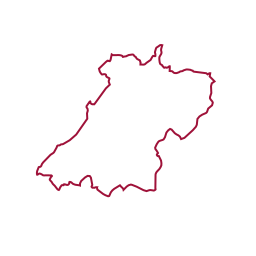 the Region of Žilinský, rotated 133°
{"feature_id": "SVK-1053", "entity_name": "Žilinský", "entity_type": "Region", "adm_level": 1, "iso_a3": "SVK", "parent_name": "Slovakia", "parent_adm1": "", "projection": "natural_earth1", "projection_center": [19.144, 49.173], "detail": "fine", "context": "isolated", "style": "outline", "palette": "rose", "viewbox_px": 256, "rotation_deg": 133, "n_neighbors": 0, "source": "natural_earth", "source_scale": "10m", "svg_char_len": 4707}
<svg xmlns="http://www.w3.org/2000/svg" viewBox="0 0 256 256"><g transform="rotate(133 128 128)"><path d="M154.5,65.9L155.2,66.1L156.1,66.4L158.0,69.2L158.9,70.0L161.5,71.4L162.9,74.3L165.0,81.6L166.8,86.2L167.4,87.3L169.4,88.5L171.7,89.0L176.3,89.1L175.7,90.0L175.6,90.8L175.6,93.0L175.4,94.8L181.9,96.6L184.4,96.9L186.7,96.7L190.5,95.4L191.5,96.0L192.6,98.8L193.2,101.2L193.9,108.2L193.7,108.8L192.8,109.9L192.8,110.5L192.7,110.5L193.1,111.0L194.7,111.9L194.7,112.0L194.9,112.3L195.8,113.1L196.0,113.8L195.8,114.6L195.1,114.9L194.4,115.1L193.9,115.4L189.6,121.3L189.2,123.2L190.6,124.9L193.5,125.7L198.7,126.1L201.2,125.3L202.8,123.9L203.0,124.4L205.4,127.8L205.9,128.9L206.4,130.3L206.4,132.1L206.6,133.0L207.1,133.8L207.5,134.0L207.8,133.9L208.0,133.6L208.4,133.3L208.8,133.1L209.7,133.0L210.4,133.1L211.1,133.6L211.6,134.4L212.3,135.8L212.8,136.4L213.1,136.5L213.4,136.2L213.7,136.1L214.0,136.3L214.4,136.8L214.7,137.2L215.1,137.4L215.6,137.4L217.8,137.1L219.3,136.5L219.9,136.3L220.5,136.3L220.8,136.9L220.9,138.0L220.2,142.3L220.2,143.9L220.1,145.1L219.5,147.2L219.4,149.0L219.2,149.9L218.8,150.3L218.1,150.4L216.8,150.8L216.2,150.9L215.4,150.8L215.0,150.9L214.9,151.2L215.0,151.8L218.9,156.1L219.6,156.7L220.1,157.3L220.5,157.9L220.7,159.2L221.1,160.6L221.4,161.2L221.6,161.6L222.0,161.9L222.6,162.1L223.8,162.3L224.1,162.6L223.8,163.2L222.6,164.3L221.4,165.1L217.5,166.6L216.0,165.6L215.5,165.6L214.9,165.6L212.9,166.4L211.6,166.5L211.3,166.6L200.4,166.4L197.2,165.6L196.1,165.6L190.9,166.9L189.6,167.5L189.2,167.5L188.7,167.4L188.1,166.9L187.8,166.6L187.5,166.3L187.1,166.1L185.9,165.9L185.5,165.7L184.9,165.1L184.0,164.5L176.7,162.3L168.1,161.4L149.0,164.1L145.2,168.0L142.8,169.2L141.6,170.6L141.4,171.1L141.3,172.0L141.2,172.3L141.0,172.6L140.8,172.8L140.2,173.2L139.6,173.3L134.9,174.0L134.6,173.9L134.4,173.8L134.6,173.2L134.9,173.0L135.3,172.9L135.5,172.5L135.4,172.0L135.2,170.8L135.0,170.3L134.7,170.0L134.4,169.8L134.2,169.6L134.0,169.1L133.8,168.9L132.9,168.9L114.1,171.2L108.7,170.9L107.4,173.5L107.1,173.8L106.5,174.3L104.7,175.1L104.4,175.4L104.4,175.9L105.0,177.7L105.1,178.6L105.0,179.2L104.6,179.7L104.3,180.1L104.1,180.5L104.2,181.2L104.9,182.2L106.4,183.3L106.6,183.5L106.6,184.0L106.6,184.7L106.2,186.4L105.9,187.3L104.4,189.7L94.7,189.2L92.8,188.9L92.7,188.7L92.5,188.3L92.2,188.1L92.1,187.9L91.9,187.7L91.9,187.4L91.7,187.1L91.5,186.9L90.1,187.2L85.3,190.1L85.0,188.7L84.6,188.3L80.7,184.2L80.0,183.2L79.6,182.5L79.2,181.4L79.2,181.0L79.3,180.6L79.5,180.3L79.5,180.2L79.2,180.0L78.5,179.6L76.7,178.2L76.2,178.1L75.9,178.0L75.5,177.7L75.2,177.6L74.7,177.5L74.4,177.4L74.1,177.2L71.6,175.2L71.1,174.7L70.8,174.2L70.8,173.4L71.0,172.5L71.0,172.1L71.0,171.8L70.8,171.1L70.8,170.7L70.9,170.3L71.2,169.4L71.3,168.9L71.2,168.1L70.6,165.9L70.5,165.4L70.7,165.0L71.0,164.6L71.2,164.3L71.3,164.0L71.3,163.8L71.4,163.6L71.6,163.5L71.8,163.3L72.0,163.2L72.3,162.9L72.6,162.6L73.1,162.2L70.9,159.7L70.4,159.4L69.8,159.1L67.6,158.9L62.9,157.9L59.2,158.8L58.1,158.8L57.9,158.5L57.2,157.4L56.9,157.1L56.6,157.1L55.2,158.5L54.9,159.0L54.5,159.7L53.7,160.3L50.7,161.8L49.8,162.0L49.4,161.9L47.8,161.5L45.7,161.1L44.8,160.5L44.1,159.4L47.5,157.7L47.9,157.4L48.6,156.8L49.7,155.2L50.3,154.7L51.0,154.3L54.5,153.5L55.5,152.8L56.8,151.5L58.3,149.7L58.9,148.7L59.2,147.9L58.8,146.0L58.8,145.7L59.0,145.4L59.1,145.0L59.2,144.7L59.1,144.3L59.1,144.1L59.1,143.9L59.3,143.3L59.3,143.0L59.3,142.8L59.2,142.6L59.0,142.4L58.8,142.3L58.3,142.1L58.2,142.0L58.0,141.8L57.7,141.1L57.6,140.9L57.3,140.7L57.0,140.5L56.8,140.3L55.2,139.9L54.7,139.9L54.4,139.6L54.8,139.1L57.9,136.4L56.5,134.6L56.4,134.3L56.3,133.7L56.4,133.1L56.3,132.1L56.0,131.4L55.1,130.3L54.5,129.8L52.4,128.7L51.7,128.6L51.3,128.4L50.8,128.2L49.4,127.1L49.1,126.9L48.8,126.8L48.4,126.8L48.2,126.8L45.5,125.3L44.9,124.7L44.3,124.0L42.8,121.9L42.7,121.5L42.7,121.4L42.6,121.1L42.5,120.8L42.0,119.9L41.9,119.7L42.1,119.1L42.1,118.9L42.0,118.5L41.7,118.0L34.7,108.3L34.6,108.1L34.5,107.8L34.5,107.5L34.5,106.4L32.4,105.8L31.9,105.2L34.6,103.4L34.8,98.3L34.9,96.5L38.2,97.2L40.8,95.8L45.6,90.9L49.3,89.2L50.3,88.4L50.8,87.1L51.1,84.4L51.7,83.2L54.1,82.0L59.1,82.6L62.3,81.2L63.1,81.1L63.9,81.2L67.6,82.8L70.8,83.6L74.0,83.4L78.7,79.9L80.8,79.2L85.4,79.1L96.7,80.0L99.9,81.6L98.9,84.1L99.0,86.1L99.6,88.1L99.9,90.2L99.4,95.0L100.0,96.6L102.3,97.0L105.1,96.8L109.5,94.7L112.0,94.2L113.0,94.5L115.3,95.8L116.4,96.3L117.5,96.4L120.4,95.9L123.9,94.7L124.7,93.6L125.0,91.8L125.8,89.0L126.1,88.9L127.5,88.9L128.0,88.6L128.3,87.6L128.1,86.9L127.7,86.5L127.5,86.3L129.3,81.6L130.9,79.6L132.5,78.2L134.4,77.5L136.5,77.1L140.0,77.1L141.2,77.0L142.8,76.4L143.6,75.8L153.5,66.8L153.9,66.1L154.5,65.9Z" fill="none" stroke="#9f1239" stroke-width="2"/></g></svg>